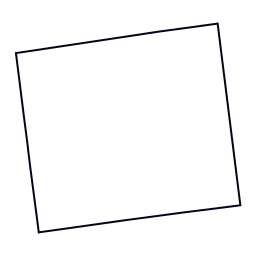 outline of DeKalb, Indiana, United States of America, rotated 173°
{"feature_id": "52423323B7448583002451", "entity_name": "DeKalb", "entity_type": "district", "adm_level": 2, "iso_a3": "USA", "parent_name": "United States of America", "parent_adm1": "Indiana", "projection": "albers", "projection_center": [-84.887, 41.397], "detail": "fine", "context": "isolated", "style": "outline", "palette": "ink", "viewbox_px": 256, "rotation_deg": 173, "n_neighbors": 0, "source": "geoboundaries", "source_scale": "gbopen_adm2", "svg_char_len": 370}
<svg xmlns="http://www.w3.org/2000/svg" viewBox="0 0 256 256"><g transform="rotate(173 128 128)"><path d="M229.3,35.3L143.8,36.8L85.1,37.4L25.9,37.6L26.3,220.7L86.2,219.9L230.1,216.0L229.9,148.5L229.7,120.4L229.8,120.3L229.8,118.0L229.8,108.0L229.8,107.9L229.8,101.4L229.5,64.6L229.4,56.1L229.3,35.4L229.3,35.3Z" fill="none" stroke="#020617" stroke-width="2"/></g></svg>